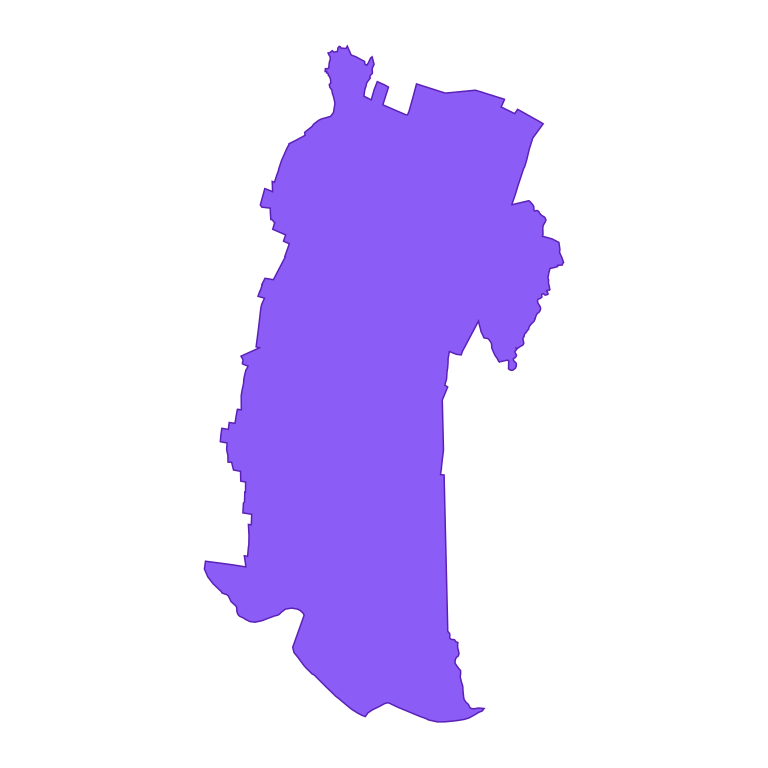 Zaragoza, Puebla, Mexico (orthographic projection)
{"feature_id": "50627088B7057522682097", "entity_name": "Zaragoza", "entity_type": "district", "adm_level": 2, "iso_a3": "MEX", "parent_name": "Mexico", "parent_adm1": "Puebla", "projection": "orthographic", "projection_center": [-97.566, 19.746], "detail": "fine", "context": "isolated", "style": "filled", "palette": "violet", "viewbox_px": 768, "rotation_deg": 0, "n_neighbors": 0, "source": "geoboundaries", "source_scale": "gbopen_adm2", "svg_char_len": 6065}
<svg xmlns="http://www.w3.org/2000/svg" viewBox="0 0 768 768"><path d="M416.5,83.9L413.3,96.0L408.9,111.7L407.5,114.8L406.0,114.8L395.0,110.1L383.1,104.9L382.9,104.7L388.5,87.1L384.6,84.9L377.3,81.6L374.2,89.5L371.2,99.9L363.9,96.1L364.8,89.7L366.0,86.2L366.8,82.7L370.3,78.0L369.8,77.0L370.3,75.4L372.4,73.4L372.2,68.7L372.7,67.4L374.1,64.2L374.0,63.9L372.1,56.8L370.5,58.1L368.5,62.6L367.0,64.9L366.9,65.2L364.9,64.2L364.6,61.5L356.0,56.8L351.2,55.0L347.3,46.1L345.9,48.5L340.9,48.0L340.4,46.8L339.1,46.4L337.9,48.1L337.4,51.5L334.2,52.2L332.2,50.7L329.9,52.6L328.1,52.9L328.4,53.9L329.9,56.5L330.3,57.7L330.2,59.4L329.3,62.3L328.7,68.0L327.4,68.7L325.4,68.7L325.2,70.2L325.1,71.5L326.7,71.5L326.6,72.9L328.1,73.4L328.4,75.6L329.3,76.2L330.4,78.8L330.7,81.0L330.7,83.1L329.3,84.5L329.7,87.0L331.9,90.3L332.4,93.7L333.2,95.7L334.4,100.5L334.9,103.8L334.0,109.1L333.5,112.5L330.5,116.4L321.3,119.0L318.5,120.4L313.6,124.2L312.2,126.3L304.7,132.3L305.0,135.4L294.7,140.9L289.0,143.7L289.0,144.4L286.7,148.8L282.6,158.1L281.7,160.0L278.6,169.3L278.6,170.1L276.5,175.9L274.5,182.3L272.8,181.6L272.2,181.4L272.6,191.7L269.6,190.4L264.8,188.6L260.3,205.0L261.9,207.2L270.2,208.1L270.4,213.0L270.8,219.5L271.8,219.5L274.4,222.4L274.8,222.6L274.8,223.1L274.4,223.4L272.7,229.3L285.6,234.9L283.5,241.2L289.3,243.8L284.8,256.5L285.3,256.7L283.2,260.9L276.4,273.9L273.4,279.7L268.2,278.8L265.0,278.3L261.8,284.6L262.2,284.7L260.4,290.5L259.9,290.9L258.0,296.3L264.5,298.2L261.7,304.3L260.8,308.2L258.6,327.5L256.1,346.8L259.4,347.8L245.5,354.1L241.0,356.2L241.3,356.8L241.9,357.7L242.9,359.6L243.0,360.4L242.9,361.2L242.6,361.9L242.4,362.8L242.4,363.5L242.5,363.9L243.3,364.3L248.0,366.1L246.8,368.8L245.9,369.9L244.5,375.7L243.8,379.2L243.5,383.8L242.2,389.6L241.2,395.5L241.3,409.8L239.8,409.6L237.9,409.3L237.8,409.9L237.3,409.7L236.1,416.3L235.0,423.3L229.2,422.5L228.3,429.4L221.8,428.3L220.9,434.9L220.3,441.7L227.1,443.0L226.6,449.5L227.9,455.6L228.0,462.1L231.6,462.3L233.5,470.0L240.5,471.3L240.8,481.2L245.6,482.0L245.5,492.2L244.8,492.0L244.5,501.9L243.4,503.2L242.9,512.9L251.7,514.3L251.3,524.8L248.4,524.4L249.0,535.5L248.8,545.8L248.5,546.2L247.6,556.3L244.3,555.8L245.6,564.4L245.8,566.9L233.8,565.0L224.5,563.7L206.1,561.3L205.5,561.2L204.4,569.0L207.8,576.9L213.1,583.8L221.1,591.4L222.1,593.0L224.4,593.9L225.9,594.3L226.7,594.7L228.1,595.6L228.7,596.7L230.4,600.1L230.6,600.8L231.3,601.8L233.4,603.7L235.3,605.4L236.0,606.3L236.6,607.3L236.7,608.4L236.9,611.5L237.4,613.0L237.9,614.3L238.5,615.2L239.9,616.4L243.7,618.1L245.1,619.2L250.0,621.6L252.6,621.9L254.9,622.2L258.9,621.4L262.4,620.6L265.8,619.2L268.7,618.1L271.7,617.0L274.3,616.0L277.3,615.3L278.9,614.6L282.0,611.6L285.5,609.1L291.6,608.1L297.4,609.1L300.2,610.5L303.3,613.4L304.1,615.3L292.7,647.3L294.0,652.5L298.4,658.0L303.5,665.0L306.1,668.0L309.4,671.2L311.9,673.8L313.9,674.8L314.2,675.0L326.0,686.8L336.0,696.5L339.3,699.0L341.0,700.5L351.5,709.2L357.7,713.1L361.9,715.3L365.3,716.6L367.9,712.9L372.3,709.9L379.5,706.4L384.6,703.6L387.4,702.8L389.2,703.1L398.4,707.5L410.5,712.5L419.9,716.4L425.7,718.5L428.8,720.0L437.4,721.9L445.4,721.8L456.3,720.7L464.3,719.4L469.1,717.9L475.4,714.4L478.7,712.4L482.3,710.9L484.1,708.5L478.5,708.0L474.0,708.8L472.0,708.6L470.4,708.1L469.3,706.4L468.4,704.4L465.8,702.0L464.8,700.5L464.0,699.1L463.7,697.3L463.2,692.7L463.0,690.9L462.8,686.5L462.3,684.6L461.6,682.5L461.1,680.8L460.9,679.4L460.3,677.7L460.4,675.6L460.6,674.0L460.6,670.6L458.7,668.4L456.3,665.1L455.0,663.0L455.2,660.2L455.8,658.4L456.8,657.1L458.2,656.1L459.0,653.8L458.5,650.8L457.7,647.9L457.6,644.3L457.9,642.6L456.9,642.1L455.8,641.7L455.2,640.8L454.5,639.7L452.3,639.5L451.2,639.3L450.3,638.7L449.6,637.5L449.9,635.5L449.8,634.7L449.6,633.4L448.9,632.5L448.2,631.9L447.7,630.8L447.7,629.2L447.7,627.8L444.1,475.0L440.5,474.6L441.5,467.8L441.5,466.6L442.0,462.4L443.2,452.2L443.3,451.7L443.5,450.5L442.3,400.0L447.7,387.0L444.8,385.1L446.6,378.9L447.0,371.8L447.6,368.3L448.0,363.5L448.1,358.5L449.4,351.5L453.3,353.1L456.4,354.3L461.2,354.9L462.4,351.4L478.5,321.1L479.3,324.7L480.4,328.7L481.0,331.5L482.3,334.1L483.9,337.8L485.3,338.1L487.7,338.5L489.1,339.7L491.2,342.9L491.6,344.1L491.6,345.7L491.8,348.0L492.5,349.8L493.6,352.4L495.1,355.5L495.9,356.7L497.2,358.4L497.8,359.8L498.9,361.6L499.4,362.0L499.5,361.9L507.1,360.2L508.7,360.5L508.5,368.8L509.9,369.9L511.5,370.4L513.2,370.0L513.9,369.3L515.4,368.2L516.2,366.3L516.4,364.6L516.1,363.1L515.5,362.4L514.5,361.6L513.6,360.5L513.3,359.3L513.7,358.5L515.2,357.6L515.9,356.7L516.5,355.5L516.4,354.8L515.8,353.8L515.1,352.7L514.8,351.6L515.5,350.9L516.3,349.7L516.7,349.3L516.1,348.1L517.4,348.5L517.7,348.3L520.5,346.3L522.4,345.4L523.4,344.3L523.8,343.3L523.3,340.7L523.2,340.0L522.8,338.7L523.0,338.0L523.6,337.4L524.0,336.6L524.7,333.6L526.1,332.6L527.1,330.9L528.7,329.0L529.1,326.9L531.0,324.3L532.6,322.7L534.1,321.1L535.1,318.9L535.6,317.1L536.0,315.9L536.8,314.2L537.6,313.2L538.7,312.6L540.1,310.6L540.5,309.3L540.6,308.2L540.0,306.3L539.2,305.1L538.0,303.2L537.6,301.5L537.5,300.3L538.2,299.2L539.8,298.6L540.3,298.2L541.6,297.5L541.9,296.7L541.6,294.7L542.2,293.9L543.1,293.8L544.0,294.2L544.5,294.8L545.3,295.1L547.1,294.7L547.8,294.3L548.1,294.0L548.0,293.6L547.6,292.7L547.6,292.0L546.5,291.0L547.2,290.3L548.2,290.0L549.4,290.2L549.9,289.5L549.6,288.3L549.2,285.9L548.5,283.3L548.6,279.9L547.9,278.0L548.9,272.6L550.1,268.4L553.4,267.8L557.6,266.6L557.5,265.4L562.3,265.0L562.6,263.6L563.6,262.5L562.0,257.8L559.6,252.6L559.9,249.2L558.9,242.4L552.1,238.9L542.4,236.2L543.0,234.3L542.8,228.5L543.1,225.6L545.1,222.2L546.0,220.0L545.3,218.3L544.3,216.9L542.8,216.1L541.2,215.0L539.7,213.3L538.8,211.6L537.9,210.8L536.8,210.5L535.0,210.9L534.2,210.8L533.9,209.7L533.9,208.2L533.8,206.7L532.9,204.9L530.6,202.2L528.9,200.7L512.0,204.7L512.2,203.5L515.4,194.2L517.9,186.0L523.6,168.6L524.6,166.9L526.6,160.3L529.3,149.1L532.8,138.0L543.2,123.8L540.8,122.3L517.6,109.3L514.7,113.6L501.2,107.0L504.4,99.7L504.5,99.3L475.5,90.2L445.2,93.1L416.5,83.9Z" fill="#8b5cf6" stroke="#5b21b6" stroke-width="1.5"/></svg>